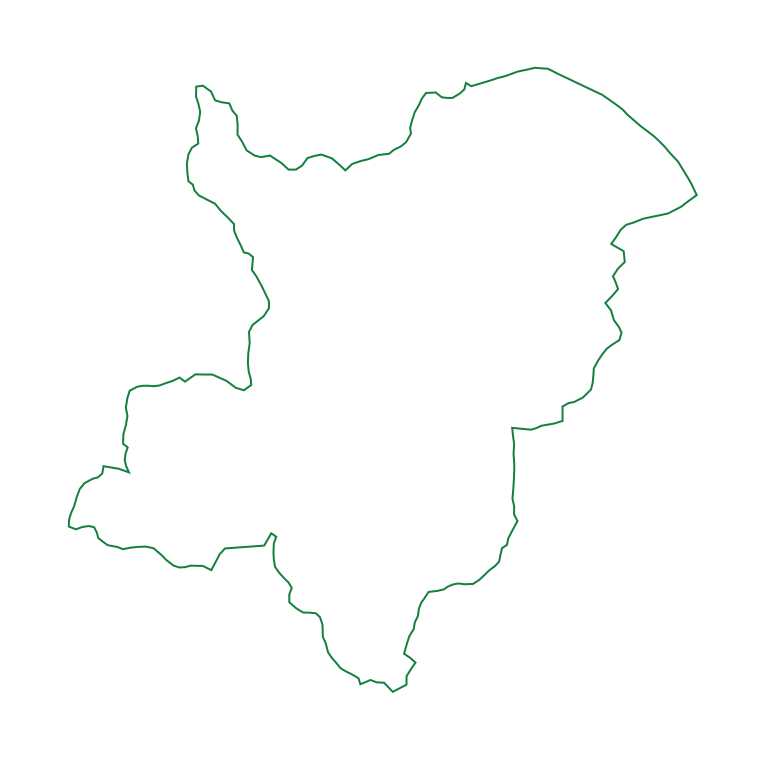 outline of São Manuel, São Paulo, Brazil, rotated 357°
{"feature_id": "56859067B98570354886966", "entity_name": "São Manuel", "entity_type": "district", "adm_level": 2, "iso_a3": "BRA", "parent_name": "Brazil", "parent_adm1": "São Paulo", "projection": "mercator", "projection_center": [-48.563, -22.699], "detail": "fine", "context": "isolated", "style": "outline", "palette": "green", "viewbox_px": 768, "rotation_deg": 357, "n_neighbors": 0, "source": "geoboundaries", "source_scale": "gbopen_adm2", "svg_char_len": 3700}
<svg xmlns="http://www.w3.org/2000/svg" viewBox="0 0 768 768"><g transform="rotate(357 384 384)"><path d="M129.7,377.4L126.9,384.9L125.0,394.0L126.1,402.5L124.2,411.3L121.1,420.6L120.3,430.0L124.7,433.9L122.2,440.2L121.1,446.4L122.2,452.6L124.7,458.9L114.4,454.7L99.6,451.4L98.0,458.6L93.6,462.2L88.1,463.4L79.9,467.2L74.8,472.8L71.4,480.4L68.2,489.8L64.5,497.0L62.3,503.4L61.8,509.8L68.7,513.0L75.3,511.0L81.7,510.4L87.0,511.8L89.3,517.0L90.7,523.0L95.2,526.9L99.6,530.5L108.9,532.7L114.7,535.3L121.9,534.2L129.4,533.8L137.5,533.9L145.3,536.0L152.6,542.9L157.1,548.1L164.0,554.1L169.7,556.5L175.6,556.5L181.3,555.3L193.5,556.2L201.8,560.8L208.0,550.5L211.1,545.3L216.6,539.9L255.9,539.1L263.6,527.2L268.4,530.9L265.6,537.6L264.8,546.6L264.8,553.6L265.6,560.8L269.5,567.1L274.5,573.2L278.4,577.4L281.2,582.9L278.4,589.1L278.0,597.0L284.6,603.4L291.3,608.0L297.2,608.4L304.0,609.4L307.9,613.6L310.0,621.3L309.7,633.5L312.1,639.3L314.1,649.0L317.5,654.7L321.4,659.6L325.8,665.6L330.3,668.7L337.2,672.5L343.1,676.5L344.7,682.6L355.0,678.9L361.2,681.6L368.4,682.3L376.7,691.9L390.7,685.4L391.3,676.8L397.1,668.7L400.9,663.8L396.0,659.0L389.9,654.4L393.2,644.8L396.0,637.3L400.9,630.2L402.3,623.6L405.7,617.5L407.1,610.3L409.6,604.6L413.0,600.3L417.6,594.0L426.7,593.4L433.1,592.2L437.5,589.5L442.7,587.7L447.8,587.1L454.2,588.2L462.6,588.3L469.2,584.3L475.4,579.1L479.8,575.2L485.0,571.9L489.6,567.5L491.6,559.9L493.2,554.2L498.3,551.1L500.1,544.5L504.4,537.2L510.1,527.9L507.1,521.0L507.6,513.3L506.3,505.2L507.7,495.0L508.8,485.3L509.6,477.1L509.9,469.8L509.7,460.7L510.8,451.1L510.1,442.1L509.7,434.5L528.4,437.3L533.9,436.0L539.1,433.9L545.8,433.1L551.9,432.4L560.4,430.2L561.1,415.8L567.5,412.7L572.9,411.9L581.8,408.0L590.4,400.4L592.4,394.0L593.7,385.3L594.3,379.5L598.5,372.6L603.2,366.2L608.2,360.5L612.5,357.5L621.4,352.4L623.9,345.2L621.6,339.4L616.9,332.2L614.6,322.5L609.3,314.7L616.8,307.7L622.7,301.4L620.5,294.1L618.3,288.4L623.9,280.8L630.8,274.8L630.3,263.9L624.7,260.3L618.3,256.0L623.5,249.4L628.5,242.3L634.2,237.7L641.9,235.8L651.4,232.5L666.4,230.2L676.5,228.6L689.9,222.6L696.8,217.8L706.2,211.7L701.3,199.9L698.0,193.4L689.3,177.4L680.7,167.1L676.5,161.4L671.0,155.3L666.0,150.2L654.1,140.2L640.9,127.5L637.0,122.7L631.4,117.9L622.7,111.0L617.1,106.7L573.1,82.9L564.3,77.8L551.1,76.1L545.5,77.2L533.9,79.0L520.8,83.0L513.3,84.4L508.3,85.9L492.4,89.8L486.8,91.1L481.6,87.7L479.6,94.0L475.2,97.7L467.4,101.9L461.9,101.6L456.7,100.7L450.9,95.6L441.1,95.6L436.3,101.6L433.6,107.1L428.9,114.2L425.8,122.4L423.5,129.6L424.0,135.4L418.8,143.6L413.5,147.5L406.0,150.8L401.0,154.4L390.4,155.0L380.1,158.7L372.1,160.2L363.7,162.6L356.6,168.7L351.7,163.5L343.8,155.9L333.3,151.6L326.4,152.6L319.4,154.4L313.6,161.6L307.2,165.3L299.9,164.9L293.3,158.1L282.1,149.9L273.2,151.0L267.0,149.3L259.0,143.5L255.1,134.8L250.8,127.3L251.4,117.1L250.9,108.3L246.9,103.1L244.2,95.6L236.7,94.2L230.2,91.9L226.6,83.0L218.8,76.6L212.1,77.2L211.3,86.9L213.3,94.4L214.7,102.8L212.9,111.5L209.6,118.8L211.0,127.3L211.1,134.2L204.6,137.9L200.7,144.5L198.7,153.7L198.7,163.1L199.3,171.3L203.5,174.9L204.9,180.9L209.1,186.1L217.9,191.2L224.7,195.1L230.0,202.4L237.3,210.2L242.6,216.5L242.3,222.9L245.0,230.7L248.3,238.3L250.8,245.2L255.8,246.7L259.8,250.4L259.0,256.6L258.1,263.3L262.3,270.0L267.3,280.5L273.4,295.1L273.1,302.2L267.6,309.8L260.9,314.6L255.8,318.2L251.9,324.9L252.0,336.4L250.1,346.0L249.2,355.8L249.5,364.2L251.2,372.2L251.4,378.0L243.9,382.9L235.8,380.1L226.9,372.6L213.1,365.6L204.4,365.1L196.2,364.5L191.5,367.4L185.4,371.2L180.2,366.9L172.4,370.1L166.5,371.6L159.4,373.8L153.1,374.1L147.8,373.3L142.7,373.2L137.5,373.8L129.7,377.4Z" fill="none" stroke="#15803d" stroke-width="2"/></g></svg>